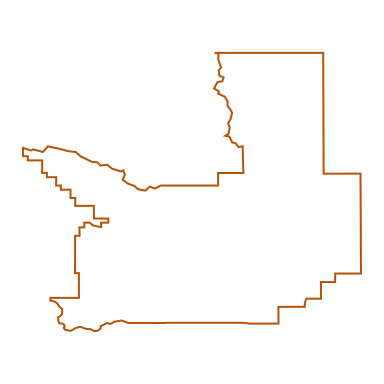 Missoula, Montana, United States of America
{"feature_id": "52423323B78038885777810", "entity_name": "Missoula", "entity_type": "district", "adm_level": 2, "iso_a3": "USA", "parent_name": "United States of America", "parent_adm1": "Montana", "projection": "natural_earth1", "projection_center": [-114.278, 47.116], "detail": "fine", "context": "isolated", "style": "outline", "palette": "amber", "viewbox_px": 384, "rotation_deg": 0, "n_neighbors": 0, "source": "geoboundaries", "source_scale": "gbopen_adm2", "svg_char_len": 1872}
<svg xmlns="http://www.w3.org/2000/svg" viewBox="0 0 384 384"><path d="M23.0,147.9L23.0,156.2L27.8,156.2L27.8,160.4L42.2,160.4L42.2,172.9L46.9,172.8L46.9,177.2L56.2,177.2L56.1,185.5L60.9,185.5L60.9,189.7L70.5,189.7L70.5,198.0L75.3,198.0L75.2,205.9L93.8,205.8L93.9,218.5L108.3,218.6L108.3,222.7L101.1,222.7L101.1,227.2L93.2,225.5L89.5,222.6L84.3,222.6L84.3,227.4L79.4,227.4L79.6,235.8L75.1,235.8L75.0,273.1L78.9,273.1L78.9,297.9L50.4,297.9L50.4,300.7L53.4,301.1L56.8,302.9L59.7,307.0L62.3,309.2L62.0,314.2L60.0,316.3L57.9,317.5L58.5,321.1L59.2,323.2L62.3,323.6L64.0,324.5L64.7,326.7L63.7,327.7L64.9,329.6L68.6,330.5L69.4,330.7L71.8,330.4L75.0,328.3L80.0,326.7L86.0,328.9L90.2,329.1L94.4,331.1L98.0,330.7L100.7,328.4L100.6,326.3L107.1,323.0L110.2,323.9L111.9,323.3L113.9,321.8L121.8,320.5L128.1,322.9L164.6,323.0L167.5,322.8L242.3,322.8L250.0,323.6L278.5,323.6L278.4,306.9L304.8,306.8L304.8,303.5L306.2,298.7L321.0,298.7L320.9,282.0L335.1,282.1L335.2,273.5L361.0,273.5L360.5,173.6L323.6,173.7L323.2,52.9L285.4,52.9L214.5,52.9L218.6,53.3L218.2,59.4L221.1,67.4L218.8,70.2L219.3,75.7L223.6,77.4L222.3,81.3L217.5,82.1L214.0,88.5L219.0,91.4L218.2,93.7L224.7,96.6L227.6,101.2L227.5,105.5L232.1,112.6L230.7,118.9L228.1,123.2L229.7,127.9L228.5,133.9L225.4,135.8L229.5,136.7L232.2,142.4L235.7,143.3L238.4,147.0L242.7,146.4L242.7,148.0L243.4,173.0L218.1,173.0L218.1,185.5L160.8,185.5L155.2,188.5L149.7,186.6L145.6,190.5L144.8,190.4L144.3,190.4L144.1,190.3L143.4,190.4L142.9,190.1L142.3,190.1L142.0,189.9L141.8,190.0L141.4,190.0L140.8,189.9L139.4,189.4L139.0,189.4L138.3,189.0L137.9,189.0L137.7,189.1L134.7,186.1L127.8,183.5L122.7,179.8L124.9,174.6L123.1,170.3L121.2,171.5L112.0,168.7L107.3,164.8L100.4,165.5L97.1,162.2L92.1,161.9L80.5,156.3L75.8,152.0L69.0,151.3L59.3,148.8L47.9,146.4L43.0,152.0L33.3,149.4L31.2,150.5L23.0,147.9Z" fill="none" stroke="#b45309" stroke-width="2"/></svg>